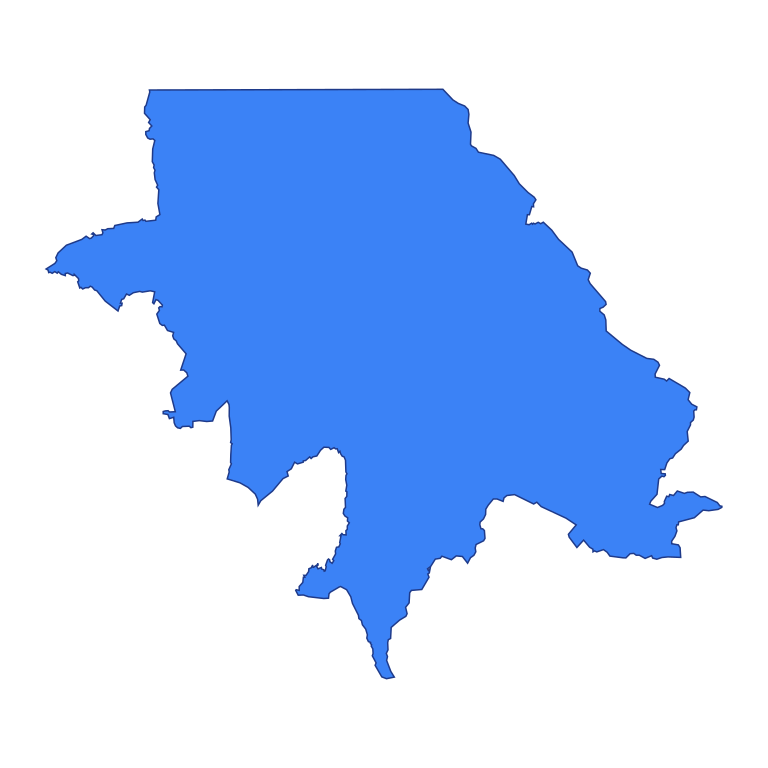 Koinadugu, Northern, Sierra Leone
{"feature_id": "65957751B98964407864499", "entity_name": "Koinadugu", "entity_type": "district", "adm_level": 2, "iso_a3": "SLE", "parent_name": "Sierra Leone", "parent_adm1": "Northern", "projection": "albers", "projection_center": [-11.318, 9.329], "detail": "fine", "context": "isolated", "style": "filled", "palette": "blue", "viewbox_px": 768, "rotation_deg": 0, "n_neighbors": 0, "source": "geoboundaries", "source_scale": "gbopen_adm2", "svg_char_len": 6075}
<svg xmlns="http://www.w3.org/2000/svg" viewBox="0 0 768 768"><path d="M718.1,509.4L721.8,507.4L721.9,506.3L719.8,505.8L717.3,502.5L705.0,496.5L700.7,496.9L693.2,492.1L687.4,492.3L684.4,493.4L677.3,491.0L673.5,495.5L669.7,494.5L668.8,496.7L666.7,496.2L664.3,501.5L664.5,503.4L662.6,505.4L657.5,507.5L649.6,504.2L650.8,501.2L657.0,494.3L658.7,479.0L661.9,476.1L664.0,476.7L665.4,475.3L665.2,473.8L661.2,473.5L660.7,469.5L664.7,469.6L666.9,462.9L669.9,458.7L672.6,458.0L675.4,453.7L681.2,449.1L683.5,445.5L688.2,441.1L687.2,431.5L690.5,424.9L690.5,422.6L693.3,420.0L694.1,417.1L693.7,411.1L694.8,409.9L696.4,409.8L696.9,406.9L691.7,404.2L688.1,399.7L689.8,392.6L685.4,388.1L669.1,378.5L666.6,381.0L664.3,379.2L655.3,377.2L655.1,374.0L659.5,365.3L658.0,362.2L653.8,359.3L646.8,358.4L630.7,350.2L622.3,344.4L606.2,331.0L605.8,319.9L604.2,314.9L599.8,311.2L599.9,308.5L603.1,307.2L606.1,304.4L605.6,301.6L590.1,283.6L588.2,279.7L590.3,273.2L587.4,270.0L581.3,268.2L577.7,265.8L572.1,252.1L558.5,239.3L551.8,230.2L543.3,222.2L540.7,223.7L538.2,222.3L535.0,224.0L533.5,223.2L532.6,224.2L531.7,223.2L529.1,224.7L525.8,224.1L527.4,214.7L529.4,214.7L531.8,206.5L533.6,206.8L533.4,203.8L535.9,199.8L534.2,197.2L528.0,192.5L519.3,183.8L514.2,175.5L500.3,159.2L493.7,155.4L478.4,152.2L476.0,148.4L471.5,145.9L470.5,144.3L471.0,132.1L468.1,123.0L468.9,114.3L468.1,109.5L464.7,106.0L458.3,103.4L452.9,99.9L442.9,89.3L149.4,90.0L149.8,92.0L146.1,105.3L144.7,107.0L144.5,113.3L150.2,119.7L148.6,122.5L151.8,126.0L149.5,128.4L149.1,130.7L145.8,131.6L145.8,134.5L147.7,138.0L150.0,139.2L153.0,138.9L154.8,140.4L152.7,149.0L152.3,161.7L154.1,165.0L153.6,167.6L155.0,170.2L154.3,172.8L155.1,179.6L157.7,185.2L156.5,187.1L158.8,189.7L157.9,203.5L159.9,214.6L156.2,216.9L155.7,220.2L145.9,221.3L145.0,220.1L143.0,220.5L142.2,219.0L138.0,222.2L127.0,222.9L114.8,225.5L113.7,228.4L107.8,228.7L105.2,230.0L102.0,229.7L102.9,232.8L102.0,234.7L95.9,235.5L93.1,232.8L91.8,234.0L93.7,234.5L93.5,235.8L91.3,238.1L89.6,238.6L86.1,236.2L81.8,239.4L66.4,245.2L58.1,252.9L55.8,257.7L56.8,260.7L54.9,263.4L46.1,269.0L48.1,270.1L48.7,272.6L50.1,272.2L52.2,273.3L54.8,271.6L57.2,273.2L58.3,271.8L61.3,274.3L65.3,275.6L65.3,273.5L67.6,273.0L72.9,275.6L74.0,275.4L74.2,274.3L78.5,278.6L78.7,280.9L77.7,281.8L79.8,288.0L80.9,287.3L82.7,289.0L85.5,287.7L88.5,287.7L90.3,286.2L92.2,287.1L94.6,290.0L96.8,290.7L105.2,301.1L118.0,311.0L119.7,306.0L121.7,305.6L122.1,303.2L120.4,303.2L121.7,299.4L123.7,298.8L126.5,294.0L129.3,295.3L133.4,292.7L139.7,291.4L142.3,292.1L150.3,290.8L154.7,291.8L152.6,302.6L153.9,303.8L156.0,299.6L158.1,300.4L162.4,305.1L162.0,306.8L160.0,306.6L158.7,307.9L159.4,310.4L156.8,314.1L159.8,323.5L162.3,325.4L164.4,325.2L167.5,330.5L173.6,332.4L172.7,335.8L173.8,338.9L176.2,340.8L177.5,343.8L186.1,353.8L180.7,370.1L183.7,370.0L186.8,372.8L187.9,376.2L172.2,389.3L170.5,392.9L175.3,411.7L169.5,412.0L168.1,410.7L165.3,410.9L163.2,411.5L163.2,413.7L167.9,414.5L169.4,418.6L173.7,417.3L174.2,422.8L175.5,425.9L177.6,427.8L180.4,428.4L182.4,426.5L189.3,426.2L190.9,427.7L192.8,427.2L192.9,421.4L199.3,420.6L206.8,421.5L212.6,421.0L216.3,411.1L227.1,400.8L229.0,404.5L229.3,407.5L229.2,416.1L230.8,427.9L231.2,439.8L230.6,442.5L232.2,443.8L231.4,445.3L230.8,454.9L230.6,462.5L231.4,463.8L228.8,469.7L229.2,472.0L227.2,478.9L239.9,482.8L248.1,487.4L255.3,494.1L257.6,499.2L258.2,505.2L260.8,500.7L272.5,491.1L283.0,478.6L288.2,476.0L287.0,471.6L291.3,468.8L294.6,462.2L297.5,463.9L303.2,462.2L303.3,460.9L305.6,460.5L309.7,456.9L311.1,458.5L313.0,456.8L316.8,456.0L320.5,450.3L323.9,447.2L328.9,447.4L330.7,449.4L334.1,447.7L335.6,448.9L337.2,448.7L338.6,452.6L339.9,451.3L340.6,453.7L342.2,456.2L344.1,456.9L345.5,460.2L345.9,471.9L347.0,473.8L346.0,475.4L345.7,479.5L346.8,485.2L345.8,491.1L346.9,491.8L346.8,496.4L345.1,498.5L345.5,507.4L343.9,509.2L343.3,513.4L344.9,516.0L347.7,517.8L347.4,521.0L349.3,522.8L347.3,526.0L347.3,529.3L345.9,530.7L346.1,534.9L343.0,534.7L341.9,533.5L339.9,535.7L341.0,535.8L339.7,542.7L340.3,543.8L338.8,546.9L336.5,547.3L335.3,551.0L335.6,553.9L332.6,559.3L333.8,560.7L332.1,563.3L329.9,561.7L329.6,559.8L328.5,559.0L327.5,560.0L325.6,565.4L326.2,566.7L325.2,570.8L324.2,571.2L323.7,569.7L321.7,569.1L321.4,567.5L318.0,568.8L316.6,566.4L318.1,565.0L317.8,563.2L317.4,564.6L313.5,567.3L312.7,567.1L312.7,565.0L311.2,567.8L308.9,568.7L308.6,571.6L306.0,575.4L303.8,575.3L304.8,577.2L303.4,577.3L302.8,582.4L299.2,586.5L299.2,590.4L296.2,589.7L295.7,590.4L298.2,595.2L303.4,595.0L308.4,596.7L323.8,598.5L328.5,598.2L329.0,593.8L330.3,592.2L339.2,587.0L340.6,586.5L346.6,589.7L350.8,596.8L352.5,603.5L358.4,615.2L358.9,618.6L361.4,620.5L362.4,624.8L365.7,629.1L367.4,634.8L366.8,638.1L368.4,641.6L370.6,642.4L370.4,643.5L371.6,644.7L371.2,646.1L372.8,648.8L373.1,653.5L372.3,655.8L376.1,662.9L375.1,665.3L381.8,676.9L386.5,678.7L394.3,677.1L390.8,671.4L386.6,660.4L387.5,656.6L386.3,653.4L388.0,649.9L387.7,642.6L388.3,639.7L390.6,638.5L391.2,627.4L399.6,620.1L405.9,616.3L407.1,613.7L405.6,607.3L409.1,602.9L409.7,592.7L411.4,590.4L421.8,589.5L429.0,577.2L427.8,574.0L429.3,572.9L430.1,568.8L428.4,570.5L427.5,568.8L430.7,566.4L435.3,559.1L440.2,558.3L441.9,556.2L451.4,559.7L456.3,555.9L462.4,556.5L467.6,563.2L470.5,557.7L473.9,555.3L475.8,551.8L475.2,548.0L476.1,544.5L483.6,540.8L485.0,538.4L484.4,530.5L482.7,528.8L481.0,528.8L479.8,524.7L480.1,522.1L483.5,518.9L485.6,514.5L485.8,509.2L488.2,505.2L493.3,499.0L497.1,499.0L503.1,501.4L504.0,497.9L506.9,495.5L514.6,494.6L533.7,504.0L536.8,502.2L541.2,506.6L566.1,518.2L576.2,524.9L568.4,534.3L569.2,537.2L576.9,547.5L583.6,540.1L589.6,547.2L592.9,549.2L593.0,551.8L594.5,550.9L596.8,551.9L603.5,549.6L607.2,552.3L609.9,556.1L622.9,557.8L625.9,557.9L630.1,553.7L633.8,553.4L636.2,555.2L639.3,555.2L645.1,558.4L651.6,555.7L652.7,558.1L656.8,559.2L661.9,557.5L668.0,556.9L680.7,557.4L680.1,547.8L678.4,544.9L671.7,543.7L671.7,541.1L674.9,536.4L676.9,530.9L676.0,527.7L676.9,524.8L678.3,524.8L678.6,521.9L694.4,517.7L703.1,510.1L708.8,510.7L718.1,509.4Z" fill="#3b82f6" stroke="#1e3a8a" stroke-width="1.5"/></svg>